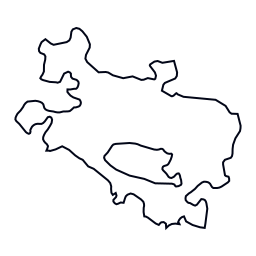 SVG path tracing the border of Álava
{"feature_id": "ESP-5801", "entity_name": "Álava", "entity_type": "Autonomous Community", "adm_level": 1, "iso_a3": "ESP", "parent_name": "Spain", "parent_adm1": "", "projection": "equal_earth", "projection_center": [-2.779, 42.851], "detail": "fine", "context": "isolated", "style": "outline", "palette": "ink", "viewbox_px": 256, "rotation_deg": 0, "n_neighbors": 0, "source": "natural_earth", "source_scale": "10m", "svg_char_len": 3978}
<svg xmlns="http://www.w3.org/2000/svg" viewBox="0 0 256 256"><path d="M112.8,194.9L111.4,192.7L111.1,189.0L111.2,186.3L110.2,183.0L107.9,180.3L93.7,168.8L88.2,166.4L82.7,159.8L79.4,158.3L75.2,155.4L69.1,149.9L62.2,146.3L55.6,149.4L50.0,151.0L49.1,150.7L46.4,150.7L47.3,148.6L48.0,146.1L46.8,144.1L45.3,142.8L44.0,141.2L43.1,139.3L43.2,137.2L44.0,135.0L45.4,132.4L47.8,129.4L50.1,125.7L51.6,122.9L52.1,119.7L51.3,117.6L49.7,116.7L47.8,117.2L44.8,121.4L43.2,123.0L41.5,123.9L37.4,123.8L35.4,124.2L33.6,125.2L32.1,126.6L31.1,128.4L30.3,130.1L30.5,131.7L30.1,133.1L28.9,133.8L27.4,133.2L25.9,132.1L19.3,123.9L16.3,121.1L15.4,119.5L15.6,117.6L16.4,115.7L17.5,113.7L20.6,110.5L23.1,107.0L24.1,105.0L25.5,103.2L27.5,101.6L35.3,100.8L37.9,101.2L40.1,101.9L41.9,102.8L43.3,104.3L44.3,107.9L45.5,109.4L47.2,110.3L49.2,110.9L53.4,111.5L55.6,112.1L57.6,112.4L59.7,112.4L63.2,111.5L67.8,111.4L69.7,111.1L71.3,109.9L74.0,107.4L75.8,107.4L78.7,106.5L79.8,105.7L80.5,104.5L80.9,102.9L80.6,101.4L79.6,99.6L73.3,97.4L70.5,95.6L68.6,93.5L67.4,91.9L67.5,89.4L70.2,89.5L74.1,88.8L75.6,88.8L76.2,88.7L76.7,88.3L77.5,87.3L78.2,85.6L78.7,83.2L78.3,81.6L76.6,79.9L72.5,78.6L71.1,76.9L70.9,75.3L70.9,73.6L69.8,72.4L68.1,71.7L64.1,73.6L60.1,81.8L57.6,82.7L56.1,82.3L49.7,81.9L43.1,80.1L41.3,79.3L40.3,78.2L41.2,76.4L42.5,74.6L43.9,71.5L44.0,64.8L45.2,59.7L45.4,56.4L44.2,54.4L40.4,52.9L39.1,51.2L38.8,48.7L40.5,44.3L41.6,42.1L45.4,39.2L50.8,43.5L53.6,44.8L66.7,42.1L69.3,40.4L70.6,37.7L71.4,31.7L72.8,29.4L76.2,28.0L79.5,28.9L82.4,31.3L86.8,36.8L89.9,44.3L89.7,47.6L86.0,54.9L85.4,58.7L87.2,62.1L98.6,72.3L105.7,72.0L108.2,72.5L112.9,75.3L123.2,78.2L132.6,76.4L141.3,79.9L143.7,79.7L147.8,78.1L153.7,79.3L154.6,79.3L155.3,78.7L156.0,75.7L154.9,72.4L150.1,66.1L149.8,65.2L150.2,64.4L154.4,61.6L157.6,61.0L162.4,62.8L174.0,60.9L177.1,72.4L176.8,76.0L175.2,78.5L164.9,82.9L163.4,84.7L161.9,90.7L171.4,96.2L172.3,96.2L173.5,95.7L176.0,93.4L176.5,93.2L177.8,94.4L183.5,96.8L215.6,99.8L225.6,105.9L229.6,112.3L231.5,113.7L237.6,113.9L240.6,125.7L240.5,128.2L240.0,131.1L235.4,138.3L233.1,144.7L232.6,149.0L232.5,153.6L232.0,156.1L230.8,157.8L224.9,159.8L223.1,162.3L223.1,164.5L225.0,175.3L226.1,176.1L228.5,176.7L229.1,178.4L229.2,180.9L227.9,182.4L221.5,186.6L219.3,187.6L217.2,188.0L213.3,188.0L211.9,186.9L210.1,183.8L209.1,182.9L207.9,182.2L206.0,181.8L204.0,181.7L202.0,182.5L197.7,185.9L195.0,188.9L190.7,192.3L188.9,193.4L185.9,196.1L185.5,198.2L185.7,200.1L186.9,201.6L188.3,202.8L190.1,203.1L193.4,205.0L195.1,205.6L196.9,204.7L201.3,199.1L203.1,199.3L204.7,199.9L205.8,201.4L206.4,203.3L207.3,208.7L205.4,223.6L204.7,227.9L200.1,227.3L192.6,225.0L186.1,221.4L184.0,216.4L182.0,217.1L180.4,218.3L179.1,220.0L178.1,222.2L178.6,222.8L178.8,223.0L179.1,223.3L179.5,224.2L175.3,223.6L171.8,224.0L168.8,225.5L166.2,228.0L165.9,223.7L163.7,222.1L161.3,222.3L160.2,223.2L158.8,224.9L155.7,223.5L148.0,217.7L146.0,216.6L144.3,216.4L143.6,212.0L143.7,207.8L144.1,205.9L144.0,203.9L143.3,201.7L141.0,199.4L133.6,194.3L130.6,193.5L127.5,194.7L125.8,196.3L125.0,198.3L123.6,202.8L120.7,202.5L117.9,203.8L116.4,204.2L114.7,203.2L113.4,201.5L113.4,199.9L116.0,197.1L116.5,195.6L115.7,193.0L112.8,194.9ZM156.9,149.8L154.1,149.5L140.8,145.6L137.6,144.2L135.2,143.6L129.5,143.0L115.7,143.9L113.4,144.5L112.1,145.8L107.7,152.5L104.5,155.9L104.1,157.8L105.1,160.2L110.4,165.4L116.2,169.6L129.6,175.6L144.3,178.9L155.2,183.3L171.9,183.7L173.3,184.1L174.5,184.6L175.0,185.7L176.0,186.5L178.6,186.1L181.0,184.8L181.5,183.7L181.1,180.1L180.3,177.7L180.0,175.9L179.4,174.3L178.7,173.4L177.2,173.6L176.1,174.4L174.0,176.7L172.7,177.4L171.4,178.0L169.9,177.7L168.6,176.9L166.5,173.8L165.4,172.6L164.3,171.5L163.2,170.4L162.4,169.2L162.5,167.9L163.0,166.7L164.1,166.0L166.8,165.2L168.0,164.4L168.8,163.3L170.8,159.4L171.2,158.1L171.7,156.8L172.1,154.5L171.4,153.7L169.2,153.8L167.3,153.4L165.4,152.1L164.1,150.9L163.3,149.6L162.2,148.9L160.8,148.8L158.9,149.5L156.9,149.8Z" fill="none" stroke="#020617" stroke-width="2"/></svg>